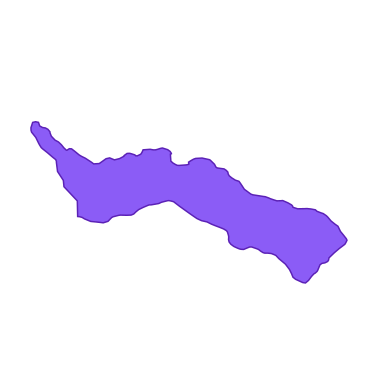 the district of Agion Oros, Ayion Oros, Greece, rotated 335°
{"feature_id": "26713481B40019078264500", "entity_name": "Agion Oros", "entity_type": "district", "adm_level": 2, "iso_a3": "GRC", "parent_name": "Greece", "parent_adm1": "Ayion Oros", "projection": "albers", "projection_center": [24.188, 40.281], "detail": "fine", "context": "isolated", "style": "filled", "palette": "violet", "viewbox_px": 384, "rotation_deg": 335, "n_neighbors": 0, "source": "geoboundaries", "source_scale": "gbopen_adm2", "svg_char_len": 2957}
<svg xmlns="http://www.w3.org/2000/svg" viewBox="0 0 384 384"><g transform="rotate(335 192 192)"><path d="M78.0,165.9L79.7,166.9L81.7,168.6L83.2,170.9L87.8,175.9L92.4,178.6L96.0,180.8L98.5,182.4L103.5,183.1L106.0,182.1L108.4,181.2L110.0,181.1L115.4,182.1L117.2,182.6L122.8,185.4L127.1,187.2L129.9,187.3L132.8,186.3L136.3,185.4L141.3,185.3L146.8,185.5L147.7,185.6L149.6,186.4L157.0,188.4L160.0,188.4L165.9,189.5L167.4,190.0L169.3,191.4L171.2,193.0L174.7,199.7L176.5,202.9L180.6,210.2L183.5,215.2L185.3,218.2L188.5,222.0L193.0,225.5L196.0,229.3L198.6,232.1L202.4,236.0L205.0,238.8L206.7,241.3L207.2,242.8L207.1,244.0L206.7,246.7L206.3,248.2L205.0,250.6L204.5,253.0L205.1,255.7L206.2,257.8L207.1,259.3L209.5,262.1L211.1,263.8L212.5,264.8L214.6,265.9L217.5,266.0L221.0,266.2L222.9,267.1L226.0,270.1L227.2,271.3L228.0,272.2L229.4,274.9L230.8,277.0L231.9,278.0L232.8,278.5L234.8,279.4L237.9,281.3L239.7,283.2L241.2,284.9L242.6,289.2L246.2,296.9L247.6,303.5L247.7,308.2L247.5,311.9L249.0,314.9L254.1,320.9L256.4,322.4L260.2,321.4L264.7,319.0L267.9,317.7L269.3,317.6L271.6,316.9L272.5,316.4L274.7,314.4L277.2,312.1L279.6,311.6L282.5,312.4L285.6,312.3L287.0,311.4L288.3,309.6L295.3,307.2L301.4,305.5L307.9,304.1L308.8,303.8L310.8,302.3L312.1,301.2L312.1,299.6L311.2,295.6L309.9,290.5L309.8,284.7L307.9,281.4L305.8,277.1L304.4,272.0L303.7,270.2L301.8,267.0L300.1,265.4L297.1,262.3L296.3,260.3L292.7,257.7L289.2,255.6L286.8,254.6L280.7,251.9L277.1,248.6L277.2,247.2L276.8,245.8L274.4,242.4L270.6,238.1L268.7,237.4L265.2,235.9L262.8,233.7L260.0,231.0L259.1,229.9L256.4,227.2L255.1,226.4L249.3,222.5L246.0,220.3L244.4,218.7L240.6,211.7L239.6,204.9L239.1,202.2L238.5,201.6L236.3,199.6L234.0,196.0L232.6,193.1L232.4,191.1L232.9,189.1L232.2,186.9L230.8,184.6L226.0,181.5L224.9,180.7L224.2,179.5L224.1,176.4L222.0,170.8L221.4,170.0L215.5,165.5L209.5,163.1L207.3,162.9L205.6,163.0L203.7,163.2L201.5,163.5L201.0,165.3L200.6,165.5L198.5,165.1L191.4,162.4L189.8,161.5L188.5,159.9L187.0,157.7L185.9,155.1L187.3,151.4L188.4,148.6L188.9,148.7L189.5,148.6L189.6,148.2L189.3,146.0L187.9,143.4L184.1,139.9L183.7,139.6L181.7,139.1L179.0,138.8L176.8,138.4L174.8,137.5L172.1,135.6L165.5,133.1L164.3,134.2L163.2,135.1L161.7,136.0L161.1,136.1L157.7,136.1L156.3,135.4L155.9,134.2L153.5,132.0L152.0,130.7L149.5,129.6L145.8,130.3L145.5,130.8L144.6,130.9L140.4,131.1L135.3,130.1L131.8,126.3L128.2,125.5L123.4,126.4L120.6,126.9L119.9,127.0L116.4,125.6L114.8,125.0L113.4,122.4L109.6,116.3L107.1,113.2L105.5,110.9L104.1,108.0L102.9,105.5L101.1,102.0L99.1,100.9L96.3,101.3L95.8,101.0L94.5,97.7L93.6,94.0L92.1,90.2L89.8,87.1L88.1,82.0L88.3,78.6L88.7,77.2L88.5,76.6L87.9,74.3L86.2,72.0L83.8,70.4L81.9,67.8L81.9,67.4L82.3,64.0L79.9,62.2L77.0,61.6L73.2,65.7L72.2,68.0L71.9,70.0L73.5,76.6L73.6,82.6L73.7,84.6L74.1,88.0L74.8,89.7L77.6,95.3L80.5,101.7L82.2,105.1L82.0,107.1L81.6,107.9L78.8,116.6L80.3,127.1L78.2,133.1L84.3,151.6L78.0,165.9Z" fill="#8b5cf6" stroke="#5b21b6" stroke-width="1.5"/></g></svg>